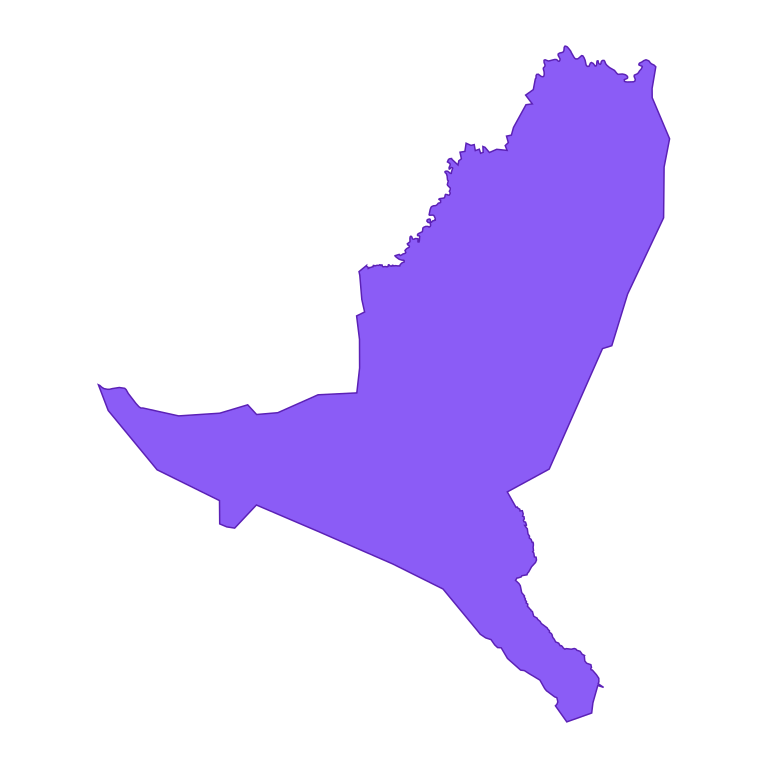 Concepción Buenavista, Puebla, Mexico (orthographic projection)
{"feature_id": "50627088B88871984884720", "entity_name": "Concepción Buenavista", "entity_type": "district", "adm_level": 2, "iso_a3": "MEX", "parent_name": "Mexico", "parent_adm1": "Puebla", "projection": "orthographic", "projection_center": [-97.427, 17.984], "detail": "fine", "context": "isolated", "style": "filled", "palette": "violet", "viewbox_px": 768, "rotation_deg": 0, "n_neighbors": 0, "source": "geoboundaries", "source_scale": "gbopen_adm2", "svg_char_len": 6010}
<svg xmlns="http://www.w3.org/2000/svg" viewBox="0 0 768 768"><path d="M234.7,528.1L256.4,505.0L317.4,531.1L392.6,563.9L443.0,589.0L477.3,630.5L480.3,634.3L485.7,637.9L491.0,639.6L494.7,644.9L497.6,647.6L501.2,647.8L507.5,658.5L520.6,670.1L524.4,670.6L528.9,673.5L539.9,680.1L544.7,688.6L546.5,690.8L554.7,696.9L556.8,697.6L557.5,700.3L557.8,702.1L556.8,704.4L555.4,705.8L566.8,721.9L591.7,713.0L592.9,702.9L597.8,685.5L603.6,687.4L598.2,683.7L598.9,681.8L598.8,678.3L596.4,674.7L592.3,670.0L591.3,669.9L590.9,669.4L590.8,668.4L591.5,667.5L590.9,664.7L586.6,663.2L584.8,660.9L584.3,656.0L584.6,655.5L582.2,654.3L580.1,651.3L576.8,650.2L575.8,649.0L574.2,648.5L571.4,649.2L566.1,648.6L564.9,649.2L563.2,647.9L562.4,646.6L561.4,645.7L560.2,645.7L558.6,643.1L555.6,641.9L554.3,639.3L552.7,637.3L552.0,634.6L551.3,633.5L549.4,632.3L549.5,630.9L547.8,629.1L547.3,628.0L541.3,623.5L540.1,621.4L537.6,619.3L537.2,618.2L533.7,616.2L532.4,611.5L530.9,610.6L530.8,609.7L529.5,608.7L528.7,607.4L527.5,606.5L527.8,604.1L526.1,602.9L526.5,601.6L525.1,599.8L525.4,598.9L524.1,596.7L524.5,596.0L521.7,592.6L520.3,585.7L519.0,583.6L515.5,580.3L517.1,577.9L518.2,577.9L521.2,576.9L521.9,575.7L527.0,574.8L527.4,573.4L528.7,571.9L531.6,566.7L535.5,562.5L536.5,560.0L536.1,557.2L534.4,556.9L533.8,553.0L532.7,551.7L533.5,550.8L533.1,547.2L533.4,545.1L533.3,543.2L533.0,542.3L532.2,542.4L531.1,539.4L529.3,538.0L529.5,536.2L528.0,533.9L527.3,528.7L526.4,527.8L524.7,525.4L526.4,525.4L526.4,524.7L525.5,522.1L523.9,521.7L523.4,520.2L524.3,518.9L524.0,516.7L522.6,516.2L523.2,513.9L522.3,510.7L520.0,510.9L519.8,509.3L517.6,507.8L517.2,507.0L516.0,507.3L507.3,491.9L549.2,469.1L602.5,348.6L611.8,345.7L627.6,294.1L663.6,217.8L664.1,167.1L669.6,138.8L652.2,97.7L652.1,88.5L655.8,66.8L654.1,65.1L651.4,63.8L650.1,62.6L649.2,61.2L648.0,60.5L646.0,59.8L643.8,60.6L642.0,61.9L639.5,63.1L638.9,64.1L638.9,64.8L639.1,65.1L642.1,66.3L642.3,66.8L641.3,68.9L639.3,71.2L638.4,72.8L637.1,73.9L634.4,75.1L634.1,76.1L634.2,76.7L635.3,79.3L634.9,81.0L633.6,81.8L627.5,82.0L625.6,81.8L624.5,81.4L624.3,79.6L626.9,78.6L627.5,78.1L627.7,77.1L627.2,76.1L625.7,74.9L624.3,74.4L622.3,74.0L618.3,74.3L617.7,74.1L616.7,73.2L614.5,70.4L609.6,67.6L606.9,65.3L605.6,63.6L604.7,61.2L604.0,60.4L602.7,60.4L601.7,61.0L601.1,62.1L600.9,63.6L600.3,64.3L599.5,64.1L598.7,63.5L598.0,60.8L597.2,60.9L596.9,61.8L596.6,64.9L595.9,66.0L595.1,66.0L593.2,63.4L591.4,62.5L590.4,63.1L589.0,66.3L587.4,66.4L586.7,65.8L586.1,64.9L585.1,60.2L584.0,57.6L582.8,55.8L581.6,55.6L578.3,58.5L577.4,58.9L575.7,58.9L574.9,58.4L573.9,57.1L571.4,52.7L570.7,51.1L569.1,49.0L567.3,46.9L565.8,46.2L565.0,46.1L564.2,47.3L563.9,50.7L563.1,52.0L562.4,52.4L559.4,53.1L558.1,54.1L558.2,55.5L560.1,59.0L559.8,60.5L559.1,61.3L558.3,61.2L557.3,60.1L556.2,59.5L554.5,59.5L549.1,60.9L548.4,61.0L545.1,59.8L544.2,60.1L544.0,60.4L544.1,62.7L544.9,64.5L545.0,65.7L544.7,66.5L543.3,68.1L543.4,69.4L544.1,71.8L544.2,74.4L543.9,76.0L543.3,76.6L542.2,76.7L541.0,76.3L538.3,74.2L536.7,74.4L536.1,75.5L536.0,77.9L535.3,79.0L533.3,89.6L525.6,95.1L532.3,103.9L526.0,104.7L513.5,127.4L511.4,135.1L506.5,136.1L508.3,142.6L505.2,145.6L507.1,150.4L496.7,149.3L489.4,152.5L485.0,147.3L482.9,146.5L483.2,152.3L480.6,153.3L479.3,149.2L475.3,150.6L474.2,144.6L471.0,145.4L466.1,143.2L464.9,151.4L460.0,152.2L461.4,158.8L458.8,160.8L458.0,165.0L451.9,159.3L451.6,158.5L449.8,158.7L448.5,159.4L447.4,161.9L449.8,163.4L450.2,164.4L450.1,165.3L449.1,167.4L449.1,168.9L449.4,169.1L450.1,168.8L450.4,168.2L451.2,167.5L452.5,167.8L452.7,168.2L451.5,171.7L451.3,173.4L450.4,173.4L447.8,171.3L446.8,171.1L445.4,171.3L444.9,171.9L445.3,172.8L446.2,173.4L447.1,175.9L447.4,179.2L447.6,180.1L448.3,180.9L447.3,184.6L447.7,185.5L450.2,188.0L450.3,188.7L450.1,190.0L449.3,191.2L450.1,192.6L450.2,193.5L449.2,195.1L448.1,195.1L447.2,194.6L445.6,194.4L445.2,194.9L444.9,196.7L444.3,197.8L443.5,198.1L439.8,198.6L439.1,198.9L438.9,199.3L439.3,199.7L440.6,200.3L440.6,202.3L439.8,202.9L438.7,203.0L438.0,203.4L437.7,204.0L436.6,205.1L435.6,205.6L433.4,205.8L432.5,206.2L431.5,206.7L430.9,207.6L430.2,209.4L429.1,214.8L429.5,215.2L432.9,215.1L433.7,215.5L434.1,215.9L435.3,218.6L435.3,220.1L434.5,220.0L434.0,220.7L432.8,220.8L431.3,222.4L430.6,222.3L430.3,219.7L430.0,219.2L429.4,219.0L427.9,219.4L427.1,220.0L426.9,221.1L428.1,222.5L429.7,222.7L430.3,223.0L430.2,223.8L430.7,225.0L430.5,225.6L430.3,226.3L429.6,226.9L428.8,226.9L427.9,226.4L425.8,226.4L423.8,227.2L422.9,228.0L422.5,231.1L422.3,231.7L418.4,233.6L417.6,234.3L417.5,235.3L417.9,235.7L419.2,235.8L419.7,236.4L419.4,240.4L419.1,241.9L418.1,242.0L417.9,241.7L418.1,239.0L417.9,238.7L415.4,238.5L414.0,239.2L413.3,239.2L412.6,238.9L411.6,236.6L410.9,236.2L410.1,236.9L409.9,238.7L410.0,241.4L409.8,241.9L407.3,243.8L407.7,244.8L409.2,245.8L409.4,246.8L409.1,247.2L406.6,248.7L405.0,250.4L405.8,252.6L405.2,253.3L402.7,254.1L401.7,254.9L400.3,255.5L399.2,254.4L395.0,255.7L395.1,256.1L396.4,257.3L399.2,259.3L401.8,260.1L403.8,260.3L404.1,260.6L404.2,261.9L401.9,262.9L400.2,264.6L399.8,265.9L397.4,265.9L395.7,265.6L394.7,265.9L393.8,265.6L393.0,266.0L392.7,265.9L392.6,265.3L392.4,265.3L391.3,266.2L389.7,265.7L389.3,265.0L388.5,264.8L388.2,265.2L388.5,265.7L388.3,266.1L387.7,266.7L386.3,266.8L385.4,266.5L383.1,266.8L382.4,266.3L382.2,265.1L381.8,264.9L381.3,265.3L380.7,265.4L380.4,264.9L379.6,264.8L379.0,265.4L377.0,265.3L374.9,265.9L373.8,265.4L373.3,265.5L373.3,266.1L372.9,266.8L372.6,266.7L370.6,267.5L369.9,267.4L368.7,268.4L368.2,268.5L368.3,267.8L368.1,267.3L366.4,266.3L366.5,265.5L359.0,271.6L359.8,275.4L361.8,299.4L364.6,312.0L356.6,315.9L359.5,339.4L359.6,368.0L356.8,392.9L318.0,394.8L277.8,412.7L256.6,414.5L247.7,404.8L219.7,413.2L178.7,415.9L142.9,408.0L140.8,408.0L138.9,406.7L135.9,403.4L128.3,393.5L126.1,389.6L124.7,388.3L119.3,387.5L112.3,388.6L109.5,389.3L107.5,389.3L104.0,388.6L101.6,387.1L99.9,385.5L98.4,384.8L108.2,410.5L157.1,469.8L219.5,500.6L219.7,523.9L226.8,526.9L234.7,528.1Z" fill="#8b5cf6" stroke="#5b21b6" stroke-width="1.5"/></svg>